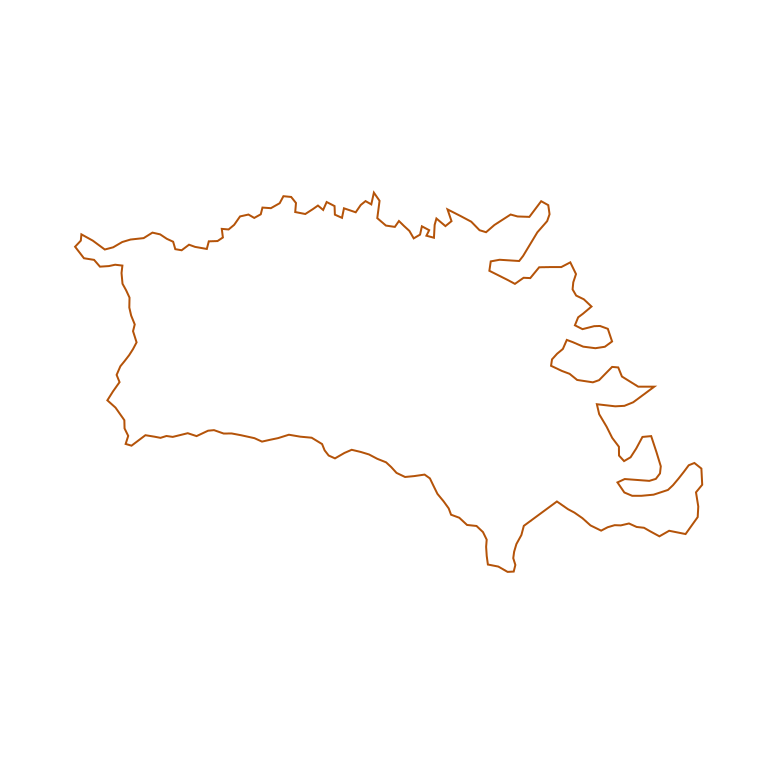 the district of Ampére, Paraná, Brazil, rotated 158°
{"feature_id": "56859067B71285319126532", "entity_name": "Ampére", "entity_type": "district", "adm_level": 2, "iso_a3": "BRA", "parent_name": "Brazil", "parent_adm1": "Paraná", "projection": "mercator", "projection_center": [-53.495, -25.908], "detail": "fine", "context": "isolated", "style": "outline", "palette": "amber", "viewbox_px": 768, "rotation_deg": 158, "n_neighbors": 0, "source": "geoboundaries", "source_scale": "gbopen_adm2", "svg_char_len": 3358}
<svg xmlns="http://www.w3.org/2000/svg" viewBox="0 0 768 768"><g transform="rotate(158 384 384)"><path d="M185.7,139.6L174.6,141.1L160.6,131.9L143.0,143.1L138.5,152.7L135.3,166.7L126.7,171.4L121.4,186.7L125.8,194.5L131.9,194.5L138.8,190.3L146.3,186.0L154.0,181.9L160.4,179.4L175.5,180.4L187.5,184.0L195.8,187.4L201.8,193.4L204.4,205.3L196.4,205.7L174.3,194.8L167.5,194.2L161.6,197.7L158.2,204.0L156.9,218.8L155.8,235.6L164.2,238.1L174.3,229.7L182.8,223.7L190.3,222.6L192.9,229.6L189.7,237.8L192.6,248.6L193.6,261.0L195.8,275.4L194.2,285.5L178.0,276.7L169.3,273.7L159.8,273.7L134.4,280.3L149.3,286.3L160.6,301.8L160.6,311.6L166.1,314.4L183.1,307.0L189.7,307.3L203.4,315.4L208.1,323.9L214.2,329.5L222.3,338.3L219.0,343.9L212.2,347.2L205.0,349.5L198.0,356.4L193.3,352.1L185.3,344.0L174.6,338.0L165.3,335.8L156.6,338.0L155.8,351.3L162.0,356.9L167.5,358.9L179.4,360.5L185.0,366.9L179.0,373.1L173.3,374.6L162.6,378.1L167.0,387.7L172.7,394.0L173.7,401.1L170.4,407.4L164.8,414.0L165.7,427.0L175.9,426.0L184.4,429.5L196.4,434.1L208.7,427.4L214.8,430.2L225.1,427.8L230.6,434.4L243.9,449.5L239.1,457.7L230.3,455.9L212.6,447.4L207.1,450.6L185.0,467.2L171.7,473.9L166.9,479.4L164.7,488.3L169.8,494.6L186.6,484.5L197.4,489.3L203.1,493.7L222.0,490.1L232.5,486.5L237.8,490.8L242.3,501.8L250.2,511.2L259.7,522.1L260.4,509.7L267.9,507.4L273.4,517.8L277.4,512.6L282.9,500.9L289.1,505.6L284.5,509.7L289.8,516.0L294.6,509.0L301.9,507.9L303.1,516.4L306.2,522.9L309.1,529.5L315.1,525.6L322.9,530.2L328.1,540.3L319.5,555.5L321.7,565.2L328.5,555.3L332.6,560.5L338.5,558.7L345.9,553.8L355.3,561.9L360.7,553.8L366.1,559.4L363.2,567.5L369.0,574.2L375.2,568.2L378.4,574.2L384.4,572.8L393.3,571.1L401.9,576.7L397.8,584.8L400.0,592.2L406.9,595.8L413.0,590.7L423.0,589.4L430.6,593.1L434.7,587.5L442.1,586.6L446.2,591.9L454.7,593.3L463.3,587.7L470.2,585.5L476.3,588.6L478.5,580.2L484.8,578.9L493.0,581.9L497.7,575.6L507.8,581.9L512.6,586.2L521.5,583.8L527.0,587.2L526.2,594.9L531.0,600.0L535.5,606.6L542.0,611.1L552.2,609.3L564.9,612.9L573.5,613.7L583.9,612.2L592.5,613.3L600.3,626.0L608.5,636.1L611.4,630.5L619.0,627.0L615.1,613.0L606.3,607.7L603.4,599.2L594.9,596.4L588.6,595.3L582.2,591.8L585.8,585.2L588.9,574.9L588.0,567.5L587.6,559.4L591.5,550.3L592.8,542.2L592.8,532.6L596.9,527.0L597.8,515.3L603.6,510.4L609.5,506.2L615.8,502.5L621.8,499.2L628.5,492.6L628.5,484.8L638.0,478.7L646.6,472.5L641.8,462.7L638.3,447.7L641.2,440.0L640.6,431.7L646.0,425.2L641.2,421.4L624.4,425.9L616.5,421.1L611.4,417.8L605.2,417.3L599.7,414.1L592.1,413.0L584.4,411.9L577.3,405.9L564.6,406.6L558.9,404.9L551.3,398.2L543.6,395.1L535.8,390.1L524.4,382.3L518.7,376.3L510.8,375.0L502.5,373.5L491.2,372.6L481.3,366.5L471.2,361.3L463.9,351.5L463.9,344.7L462.1,338.4L457.3,333.4L446.5,334.9L438.6,335.1L431.0,329.7L424.3,324.3L418.3,317.2L411.4,310.6L408.4,304.2L405.7,296.9L399.3,289.9L390.5,287.3L380.3,284.8L376.8,279.3L376.2,270.2L375.6,262.1L372.7,252.9L370.6,244.4L370.8,237.7L364.3,231.8L359.8,222.2L351.4,217.7L347.7,209.6L347.1,201.2L350.3,194.8L353.2,186.0L355.3,177.7L346.4,171.9L339.8,163.5L334.0,161.5L330.0,167.0L329.4,174.1L326.2,179.7L321.2,186.0L313.2,192.5L307.5,200.1L267.7,210.3L260.3,199.0L255.6,193.4L250.3,185.3L245.5,175.5L237.6,166.7L230.3,167.4L223.0,166.7L217.4,164.2L209.1,162.9L203.3,156.8L196.8,153.3L192.3,147.6L185.7,139.6Z" fill="none" stroke="#b45309" stroke-width="2"/></g></svg>